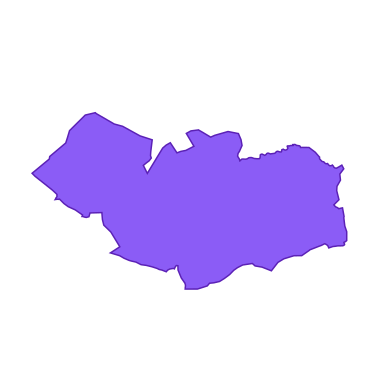 Kibiya, Kano, Nigeria (Natural Earth projection), rotated 79°
{"feature_id": "59680162B54095353953704", "entity_name": "Kibiya", "entity_type": "district", "adm_level": 2, "iso_a3": "NGA", "parent_name": "Nigeria", "parent_adm1": "Kano", "projection": "natural_earth1", "projection_center": [8.677, 11.494], "detail": "fine", "context": "isolated", "style": "filled", "palette": "violet", "viewbox_px": 384, "rotation_deg": 79, "n_neighbors": 0, "source": "geoboundaries", "source_scale": "gbopen_adm2", "svg_char_len": 3710}
<svg xmlns="http://www.w3.org/2000/svg" viewBox="0 0 384 384"><g transform="rotate(79 192 192)"><path d="M286.0,217.2L288.3,205.1L287.1,194.9L284.9,192.2L285.3,187.9L285.1,182.0L283.0,176.6L280.2,170.8L276.8,165.9L274.9,161.7L273.3,156.1L273.7,146.4L276.6,144.2L279.1,137.6L284.5,129.1L277.5,121.1L275.1,114.6L274.0,104.1L275.4,96.4L272.8,90.5L271.7,88.0L271.3,87.6L269.4,77.2L269.2,75.6L268.1,71.5L268.8,70.6L270.4,69.0L273.0,68.4L272.4,64.1L272.6,61.9L272.7,59.0L273.0,57.5L273.5,54.6L273.5,53.8L273.3,53.1L272.8,52.3L272.2,52.2L270.7,52.6L270.3,52.3L270.2,51.7L270.1,51.0L269.2,49.4L260.5,47.7L254.6,48.5L246.2,47.9L245.1,47.4L236.3,47.3L236.3,48.8L236.4,51.1L235.3,52.0L234.9,52.5L234.5,53.0L234.1,53.7L233.6,54.1L232.6,54.7L231.7,55.2L227.6,49.2L218.3,49.7L214.1,48.6L208.7,44.0L202.6,43.5L198.2,38.6L194.2,39.8L195.4,43.1L196.2,45.8L195.6,47.2L194.8,48.0L193.8,48.2L192.3,49.1L192.7,50.1L192.6,51.3L192.5,51.8L192.0,52.3L191.0,53.0L190.4,53.2L189.9,53.5L189.9,54.8L189.5,55.6L188.3,56.5L187.6,56.8L186.8,58.5L186.4,58.8L185.7,59.3L185.1,59.6L184.0,60.3L183.2,60.4L182.1,60.1L181.4,60.6L176.5,63.4L170.6,68.7L169.3,75.1L169.0,77.0L168.5,77.0L167.9,77.1L167.2,77.6L167.0,78.3L166.7,78.9L166.5,79.3L166.4,80.1L166.2,80.5L165.7,80.9L165.3,81.4L164.9,82.0L164.9,82.9L164.8,83.4L164.7,84.0L165.6,83.9L165.5,84.8L165.4,85.3L165.2,86.3L165.2,86.9L165.4,87.8L165.3,88.2L165.0,88.8L165.0,89.3L165.1,89.7L165.7,89.9L167.0,89.5L167.6,89.7L168.5,90.8L168.7,92.3L168.5,92.8L168.2,93.3L167.8,93.8L167.4,94.2L167.5,95.2L167.6,95.7L168.0,95.9L168.9,96.3L169.4,96.4L169.6,96.6L169.6,97.2L169.4,98.2L168.9,99.1L168.5,99.7L168.3,100.4L168.4,101.2L168.9,102.1L169.4,102.6L169.8,103.5L169.7,104.9L169.6,106.4L169.6,107.8L169.2,108.3L168.9,108.9L168.5,109.5L168.4,109.8L168.3,110.3L168.4,110.8L168.6,111.4L168.9,111.7L169.3,112.1L169.5,112.6L169.9,113.6L169.0,114.7L168.8,115.1L168.3,115.7L168.1,116.4L168.2,116.9L168.3,117.5L168.6,117.9L169.8,118.2L171.0,118.5L171.9,119.1L172.1,119.5L171.9,121.1L171.5,122.7L171.3,123.3L171.0,124.4L170.8,124.9L170.2,125.8L169.9,126.4L169.6,126.9L169.4,127.6L169.3,128.4L169.2,129.3L169.2,129.7L169.5,130.0L169.6,130.7L170.0,131.7L170.0,133.1L169.6,134.8L169.4,135.5L169.3,136.2L169.2,136.7L169.6,137.5L170.5,138.8L170.6,139.1L168.8,139.2L165.5,140.4L162.9,139.4L161.2,137.7L155.9,134.0L150.0,133.9L143.5,135.3L139.5,145.1L140.7,158.8L141.7,163.2L136.7,168.8L135.7,169.9L132.5,173.6L132.3,173.7L131.8,181.4L133.4,186.4L147.5,181.4L150.0,190.1L150.0,195.2L150.7,199.3L139.5,203.9L141.0,208.4L143.3,212.4L165.2,232.3L156.6,234.7L154.6,231.0L153.2,228.1L150.9,225.5L148.4,225.8L144.6,224.8L133.2,221.1L127.0,232.3L114.4,247.4L114.3,247.5L110.4,255.4L96.7,271.1L95.7,271.8L96.1,282.1L108.4,300.5L115.1,304.0L119.8,306.6L130.0,324.9L132.4,325.8L143.1,345.4L146.6,343.1L163.6,328.6L168.6,325.0L169.3,325.2L170.7,325.4L170.9,325.5L171.3,326.0L171.6,326.4L171.7,326.5L172.2,326.9L172.6,327.2L173.0,327.4L173.3,327.7L173.4,325.5L173.7,324.7L173.7,323.4L178.9,319.9L182.8,316.3L187.3,310.0L193.7,303.8L195.0,304.6L195.1,304.1L196.0,302.5L196.5,301.4L196.8,300.6L196.7,299.5L196.6,297.9L193.1,296.1L194.9,285.2L195.0,284.4L202.0,285.2L207.7,284.9L215.8,279.3L232.0,273.3L236.2,283.7L240.7,275.2L244.1,271.3L247.2,266.7L248.3,264.5L250.1,260.4L253.6,255.9L255.3,250.9L257.8,245.5L260.4,240.8L261.8,239.0L262.8,236.6L264.5,233.9L265.4,232.5L264.1,230.9L263.4,228.7L263.4,226.5L263.5,224.8L264.1,223.9L263.0,223.3L261.6,222.0L261.2,221.2L261.7,219.9L265.9,220.6L274.4,218.9L278.4,217.1L279.0,216.9L279.2,216.7L279.4,216.6L279.5,216.6L279.8,216.4L280.1,216.4L280.3,216.4L280.8,216.3L281.5,216.2L282.2,216.2L283.9,216.6L284.3,216.8L286.0,217.2Z" fill="#8b5cf6" stroke="#5b21b6" stroke-width="1.5"/></g></svg>